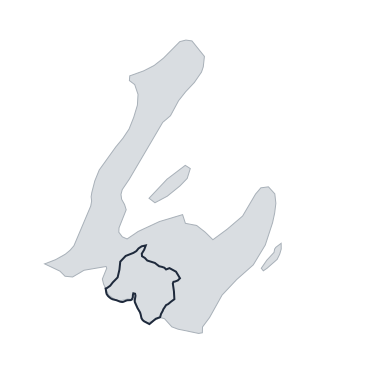 Haiti, with Centre highlighted, rotated 114°
{"feature_id": "HTI-1385", "entity_name": "Centre", "entity_type": "Department", "adm_level": 1, "iso_a3": "HTI", "parent_name": "Haiti", "parent_adm1": "", "projection": "albers", "projection_center": [-71.937, 19.008], "detail": "fine", "context": "in_parent", "style": "outline", "palette": "slate", "viewbox_px": 384, "rotation_deg": 114, "n_neighbors": 0, "source": "natural_earth", "source_scale": "10m", "svg_char_len": 2465}
<svg xmlns="http://www.w3.org/2000/svg" viewBox="0 0 384 384"><g transform="rotate(114 192 192)"><path d="M316.4,125.3L318.5,128.4L323.0,149.0L323.4,155.6L318.9,165.6L319.6,169.6L329.2,178.8L329.4,182.1L328.3,185.5L320.1,194.2L313.8,200.3L315.8,207.1L320.9,213.6L321.5,219.1L320.0,226.3L312.1,235.3L308.0,238.5L296.3,238.9L295.0,240.2L300.8,248.9L307.4,258.8L318.2,266.5L320.6,273.7L318.0,280.5L317.6,297.4L309.4,289.2L300.3,282.4L294.8,279.7L289.2,278.0L246.0,278.8L241.1,280.0L237.4,282.2L233.3,283.3L221.4,285.3L209.6,285.7L182.0,280.0L171.1,277.0L160.1,275.1L147.5,275.6L134.9,277.2L124.8,281.0L117.2,288.0L115.7,294.5L111.2,296.1L101.2,285.6L91.9,278.1L81.3,272.5L59.6,264.3L55.7,259.4L54.0,253.5L63.1,235.8L73.1,232.6L78.6,232.1L91.0,234.4L103.0,238.6L114.0,241.4L131.1,242.7L140.3,247.1L205.8,254.5L218.2,256.7L223.1,255.9L227.3,253.3L230.9,248.5L235.0,244.9L254.4,244.1L258.5,242.5L261.3,237.5L261.3,232.2L249.9,225.1L232.1,209.6L216.5,191.4L223.3,185.3L220.7,174.1L223.3,163.7L227.1,153.5L211.6,144.7L193.4,136.0L168.0,133.1L160.2,130.8L156.2,124.3L160.0,115.6L168.2,110.8L177.7,107.9L187.3,105.9L210.6,103.5L233.7,106.4L253.6,115.5L273.9,122.6L299.5,124.9L311.0,127.5L316.4,125.3ZM216.9,221.5L215.2,228.7L190.4,220.0L170.4,209.0L171.3,203.1L181.5,201.9L191.4,205.5L205.9,212.9L216.9,221.5ZM231.1,92.4L235.0,94.8L233.5,97.7L223.8,95.9L213.8,92.5L210.5,93.3L208.4,92.9L202.6,89.7L207.8,87.3L213.1,86.6L218.9,86.8L231.1,92.4Z" fill="#d9dde1" stroke="#a8b0b8" stroke-width="1"/><path d="M319.3,170.2L322.5,173.5L328.8,176.6L330.0,177.2L329.6,183.3L329.1,185.0L327.9,186.8L324.6,189.2L323.1,190.5L320.2,194.6L316.0,199.3L314.8,200.1L309.8,201.4L308.1,202.6L308.4,204.4L310.1,204.1L312.5,203.2L314.8,203.3L315.7,204.0L317.1,206.9L318.0,208.0L320.2,210.0L320.9,211.0L321.4,212.9L321.6,217.0L322.3,221.0L322.2,223.0L321.7,224.9L321.1,226.6L319.9,228.5L318.5,229.6L315.9,231.2L315.3,231.7L315.2,231.6L314.6,230.8L310.9,228.6L306.8,227.6L303.6,226.4L300.3,225.2L292.5,226.7L284.8,229.2L277.4,226.6L271.5,220.8L268.6,218.8L265.3,217.9L262.1,215.9L259.6,212.5L264.2,212.2L268.8,212.8L271.0,211.5L271.4,208.3L272.8,205.0L272.5,202.3L271.9,197.1L273.2,191.9L272.6,188.9L272.4,186.4L273.3,184.2L270.7,181.6L271.3,174.2L275.7,167.9L278.6,169.0L280.7,171.1L281.6,172.4L283.4,172.3L290.1,168.1L297.1,164.5L300.6,166.5L304.1,168.2L305.9,169.7L308.6,170.1L310.8,170.5L312.6,170.4L316.0,170.7L319.3,170.2L319.3,170.2Z" fill="none" stroke="#1e293b" stroke-width="2"/></g></svg>